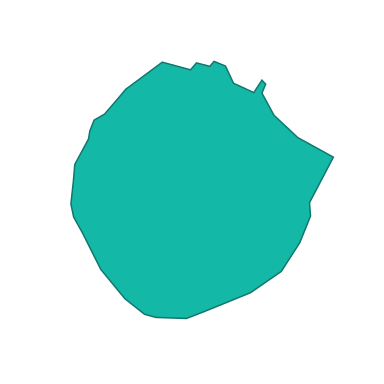 Nomwin, Federated States of Micronesia (Equal Earth projection), rotated 25°
{"feature_id": "79324940B5311859282342", "entity_name": "Nomwin", "entity_type": "district", "adm_level": 2, "iso_a3": "FSM", "parent_name": "Federated States of Micronesia", "parent_adm1": "", "projection": "equal_earth", "projection_center": [151.746, 8.431], "detail": "fine", "context": "isolated", "style": "filled", "palette": "teal", "viewbox_px": 384, "rotation_deg": 25, "n_neighbors": 0, "source": "geoboundaries", "source_scale": "gbopen_adm2", "svg_char_len": 603}
<svg xmlns="http://www.w3.org/2000/svg" viewBox="0 0 384 384"><g transform="rotate(25 192 192)"><path d="M303.0,152.0L304.4,122.2L305.4,100.7L265.0,98.0L234.0,87.9L213.6,72.8L213.2,63.1L208.1,61.1L206.0,75.8L183.7,75.9L169.1,63.7L156.8,64.3L155.0,70.6L141.5,73.1L139.0,81.9L110.2,86.9L88.4,127.1L85.9,136.8L79.8,158.4L72.9,168.2L73.6,179.9L75.8,187.7L74.1,216.5L80.0,232.6L87.3,254.0L95.3,264.7L110.7,275.9L142.0,300.7L176.3,317.1L200.7,322.9L212.4,320.9L240.4,309.0L255.3,293.4L287.6,258.5L306.5,226.2L311.1,192.5L309.6,163.7L303.0,152.0Z" fill="#14b8a6" stroke="#0f766e" stroke-width="1.5"/></g></svg>